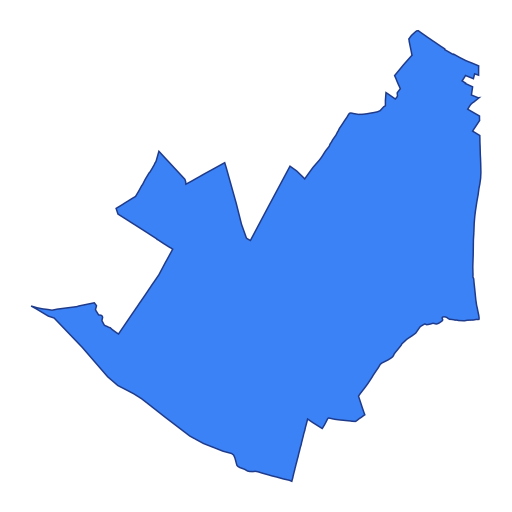 Zacatelco, Tlaxcala, Mexico
{"feature_id": "50627088B32824075530997", "entity_name": "Zacatelco", "entity_type": "district", "adm_level": 2, "iso_a3": "MEX", "parent_name": "Mexico", "parent_adm1": "Tlaxcala", "projection": "mercator", "projection_center": [-98.258, 19.197], "detail": "fine", "context": "isolated", "style": "filled", "palette": "blue", "viewbox_px": 512, "rotation_deg": 0, "n_neighbors": 0, "source": "geoboundaries", "source_scale": "gbopen_adm2", "svg_char_len": 5963}
<svg xmlns="http://www.w3.org/2000/svg" viewBox="0 0 512 512"><path d="M133.8,393.8L141.7,398.8L164.9,417.0L189.9,436.1L203.5,443.5L223.0,451.2L231.6,453.5L233.6,455.0L234.9,457.9L236.9,465.3L237.9,466.4L239.7,467.5L244.6,469.3L247.5,471.0L249.7,471.5L252.8,471.6L255.3,471.3L258.1,471.8L261.8,473.0L265.7,474.1L268.6,474.9L271.9,475.9L276.6,477.0L283.2,478.9L289.1,480.2L291.8,481.3L292.0,480.5L292.1,480.1L292.8,477.7L292.9,477.0L293.3,475.3L293.8,473.2L294.8,469.4L294.9,468.7L295.5,466.5L296.0,464.4L296.5,462.6L296.7,461.9L296.8,461.5L297.0,460.6L297.5,458.6L298.0,457.0L298.6,454.2L299.5,450.8L300.3,447.4L301.1,444.9L301.2,444.5L301.6,442.4L302.0,441.0L302.6,438.5L303.2,436.2L303.6,434.4L304.2,432.2L304.7,430.7L305.5,427.0L306.3,424.2L307.6,419.0L309.6,420.4L312.5,422.4L314.9,423.9L318.7,426.3L322.2,428.5L322.7,427.8L324.0,425.6L324.4,425.0L325.4,423.1L326.3,421.4L326.6,420.8L327.3,419.4L327.9,418.4L328.6,418.0L329.8,418.2L332.9,418.9L334.0,419.1L334.9,419.3L336.4,419.5L338.8,419.8L340.4,420.0L342.8,420.2L344.5,420.4L346.6,420.6L348.6,420.8L350.0,420.9L351.7,421.2L353.0,421.3L354.5,421.4L355.6,421.4L356.9,420.5L359.8,418.2L360.3,418.0L361.2,417.4L364.4,415.0L364.8,414.8L364.7,414.5L363.8,412.1L362.4,408.0L359.9,400.4L358.5,396.1L360.3,393.5L365.5,386.8L367.9,383.5L370.8,379.1L372.3,376.8L373.2,375.2L376.7,370.0L378.3,367.7L380.2,364.4L381.9,363.0L386.3,360.8L388.1,359.9L391.4,357.8L392.8,356.6L393.6,355.3L394.2,353.9L395.4,352.3L397.9,349.3L401.1,345.3L401.8,343.9L406.1,339.9L407.3,338.9L413.0,335.1L415.3,333.4L415.7,333.1L417.1,331.1L419.3,327.9L420.2,326.7L421.2,326.0L423.7,324.5L424.9,323.9L425.5,324.2L426.6,324.7L427.3,324.6L428.2,324.5L430.9,323.9L432.7,323.3L433.9,323.4L435.7,323.9L436.3,324.0L437.2,323.8L438.8,323.2L440.7,321.9L441.6,321.3L442.5,320.5L442.7,319.7L442.1,318.2L442.3,317.4L442.7,317.1L443.4,316.9L444.3,316.8L445.7,317.0L447.4,317.8L448.0,318.4L449.6,319.3L451.4,319.4L454.1,319.8L455.0,320.1L456.9,320.1L458.4,320.5L464.4,320.8L467.4,320.2L473.6,320.0L476.3,319.4L477.5,319.5L478.9,319.4L479.0,319.0L479.1,318.0L478.7,315.0L477.8,310.9L477.7,310.5L477.7,310.2L477.1,307.4L476.6,305.3L475.8,299.8L474.7,288.9L474.0,282.4L473.7,278.9L473.6,278.5L473.5,278.3L472.9,277.0L473.0,274.9L472.9,271.6L472.8,266.5L473.2,254.4L473.4,239.9L473.6,236.6L473.8,233.7L473.8,232.2L473.9,231.5L474.2,223.3L474.8,216.1L475.4,211.3L476.8,202.0L477.8,196.4L478.1,194.9L478.8,189.5L478.9,188.7L479.6,185.1L479.8,184.1L480.6,178.5L480.9,172.4L480.7,163.6L480.5,158.1L480.3,154.2L480.1,146.7L479.9,141.7L479.9,139.2L479.8,135.5L478.8,134.9L476.8,133.7L472.6,131.1L474.0,128.9L474.9,127.6L479.6,120.5L479.5,118.3L479.5,116.0L475.1,113.5L467.7,109.2L469.9,105.6L470.9,104.3L472.4,102.9L473.7,102.1L478.5,98.2L479.1,97.7L478.2,97.8L471.4,95.0L472.6,87.0L472.6,86.8L471.0,86.1L468.6,85.0L467.4,84.4L465.4,83.6L465.6,83.1L462.1,80.9L463.1,79.4L464.4,77.4L465.5,75.5L473.4,78.7L474.6,73.8L478.6,75.2L478.6,69.9L478.6,67.5L478.7,65.9L477.3,65.3L471.6,62.9L468.7,61.8L465.8,60.6L459.5,57.4L453.6,54.1L453.2,54.5L444.8,49.7L444.8,48.9L440.5,46.1L434.7,42.1L432.4,40.6L430.7,39.4L427.7,37.4L426.2,36.3L421.9,33.3L419.1,31.3L418.3,30.7L417.5,30.8L416.7,30.9L415.7,31.6L411.8,35.1L410.6,36.5L409.6,38.0L408.8,39.0L409.0,39.7L409.1,40.2L409.2,41.5L410.2,46.4L411.4,52.2L411.7,53.9L411.9,54.8L412.1,55.2L411.3,56.0L404.9,63.2L403.8,64.5L403.5,64.8L400.8,68.1L394.6,75.6L395.8,78.2L397.1,81.5L398.6,85.0L399.0,85.7L399.5,86.9L400.0,88.0L400.3,88.7L397.3,92.7L397.2,93.0L397.5,95.7L397.4,96.1L397.2,96.6L396.5,97.6L395.3,99.0L387.4,93.5L386.3,92.8L386.0,92.6L385.4,100.3L385.4,103.9L385.4,105.3L385.4,105.8L383.7,106.8L380.1,110.7L377.5,111.8L374.2,112.5L371.2,113.0L366.7,113.8L363.5,114.2L362.4,114.3L358.3,114.4L355.0,113.8L353.8,113.6L351.5,113.1L350.1,113.0L349.1,113.7L348.1,115.2L347.1,117.0L344.4,120.9L343.2,122.8L340.8,126.4L339.4,128.4L338.1,131.2L337.5,132.0L336.1,134.9L332.6,139.9L331.3,142.3L330.1,144.0L329.2,146.3L326.1,150.2L324.9,151.9L322.4,155.9L320.9,158.1L320.3,158.9L319.3,160.2L316.3,163.6L313.0,167.4L309.5,172.2L304.7,178.9L303.7,177.8L296.7,171.0L290.0,166.2L269.5,204.5L250.4,240.5L247.2,238.7L246.4,238.0L241.5,224.3L236.3,203.6L226.2,167.6L224.7,162.7L206.3,172.8L204.1,174.0L191.1,181.4L185.9,184.2L185.6,181.5L184.9,179.3L158.9,151.3L156.1,161.2L155.5,162.4L155.4,162.5L155.1,162.8L154.2,164.9L153.5,166.1L153.1,166.7L152.6,167.7L150.0,172.0L149.1,172.9L145.3,179.2L142.5,184.7L141.8,185.5L138.5,191.5L135.5,196.5L132.7,198.1L123.7,203.7L123.5,203.9L119.6,206.3L116.1,208.4L118.0,214.1L148.2,233.3L149.2,234.0L156.7,238.8L157.0,239.4L157.4,239.5L159.1,240.5L159.9,241.1L160.7,241.6L161.4,242.1L161.9,242.4L162.4,242.7L162.8,243.0L163.2,243.3L163.6,243.5L164.0,243.8L164.5,244.1L164.9,244.3L165.3,244.6L165.7,244.8L166.1,245.1L166.5,245.4L166.9,245.6L167.3,245.9L167.7,246.1L168.1,246.4L168.5,246.6L168.9,246.9L169.3,247.1L169.7,247.4L170.2,247.6L170.6,247.8L171.0,248.0L171.4,248.4L171.8,248.6L172.2,248.9L172.7,249.2L166.2,261.1L165.8,261.7L159.4,273.8L159.0,274.6L158.4,275.6L157.8,276.3L157.2,277.3L156.6,278.1L156.1,278.9L155.5,279.7L154.9,280.6L154.4,281.4L153.8,282.2L153.2,283.0L152.7,283.8L152.5,284.1L151.9,284.9L151.3,285.8L150.7,286.8L148.8,289.5L148.1,290.6L147.4,291.7L146.6,292.8L145.9,293.9L145.3,294.8L144.6,295.8L143.9,296.8L143.3,297.7L142.6,298.7L141.9,299.7L141.3,300.6L140.7,301.5L140.0,302.4L139.5,303.2L138.9,304.0L138.4,304.9L137.8,305.7L137.3,306.5L136.5,307.6L135.6,308.9L134.9,310.0L132.8,313.0L118.5,334.0L116.5,332.7L112.0,329.4L110.2,327.7L108.9,327.4L106.6,326.2L105.3,325.8L104.2,325.0L102.1,321.0L102.0,320.8L102.0,320.0L102.6,317.6L102.4,316.5L101.7,315.6L100.8,315.2L98.9,315.0L98.6,314.9L95.8,310.4L95.5,309.5L95.6,309.0L96.1,307.3L96.5,305.7L94.3,302.8L78.7,306.0L77.1,306.6L57.5,309.1L52.0,310.2L47.9,309.5L42.8,308.9L37.2,307.8L31.1,306.0L36.0,308.7L48.3,316.1L54.1,318.0L82.1,347.2L107.7,376.8L117.8,385.5L133.8,393.8Z" fill="#3b82f6" stroke="#1e3a8a" stroke-width="1.5"/></svg>